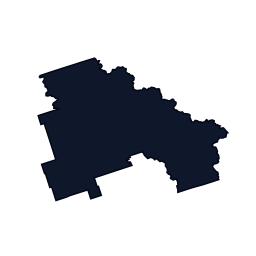 outline of Flathead, Montana, United States of America, rotated 342°
{"feature_id": "52423323B85659466987849", "entity_name": "Flathead", "entity_type": "district", "adm_level": 2, "iso_a3": "USA", "parent_name": "United States of America", "parent_adm1": "Montana", "projection": "robinson", "projection_center": [-113.761, 48.298], "detail": "fine", "context": "isolated", "style": "filled", "palette": "ink", "viewbox_px": 256, "rotation_deg": 342, "n_neighbors": 0, "source": "geoboundaries", "source_scale": "gbopen_adm2", "svg_char_len": 4290}
<svg xmlns="http://www.w3.org/2000/svg" viewBox="0 0 256 256"><g transform="rotate(342 128 128)"><path d="M70.7,183.8L81.8,183.8L81.8,174.4L80.5,174.4L80.5,164.9L91.4,164.9L113.9,164.8L120.2,164.8L119.7,161.1L118.5,160.7L118.1,161.8L116.7,158.2L119.1,158.2L119.2,156.6L121.1,156.6L121.0,155.0L133.6,155.0L134.7,156.0L135.3,159.2L137.3,163.1L140.7,162.9L143.4,165.3L143.2,166.1L143.6,166.5L144.3,166.0L145.1,166.1L145.5,165.9L145.8,166.1L148.1,169.8L149.8,169.8L152.2,172.1L152.7,173.6L151.9,175.5L152.7,178.2L152.4,181.3L151.3,182.1L152.3,184.5L153.9,185.5L154.1,187.5L152.9,188.6L153.3,189.7L154.9,191.4L158.1,191.3L158.6,193.9L157.9,197.7L156.5,198.2L156.3,202.2L155.5,204.6L170.2,204.6L182.5,205.1L198.4,205.1L198.2,203.8L199.1,202.4L198.3,200.5L199.4,200.3L199.7,197.9L198.1,196.2L196.4,191.4L196.6,190.3L198.8,188.6L200.3,189.1L202.7,188.8L203.8,188.1L203.7,185.6L205.1,185.3L205.7,181.8L204.8,179.5L205.8,178.0L205.8,174.9L205.4,173.3L202.8,172.1L203.3,169.7L205.3,168.9L208.9,168.7L209.6,167.1L212.2,165.8L215.1,166.8L218.5,166.6L220.2,163.3L221.4,163.4L218.8,157.4L216.4,156.8L215.4,157.3L215.1,155.2L216.3,154.6L213.9,152.5L212.3,152.6L212.6,151.0L211.3,149.9L212.2,147.8L210.7,146.4L209.5,146.3L208.1,146.1L206.3,147.4L206.1,145.3L205.2,144.3L202.8,145.8L199.0,145.6L199.3,144.8L197.5,144.1L196.2,142.6L194.2,141.5L192.6,142.7L190.6,142.0L190.1,136.8L191.0,135.0L190.1,133.6L187.4,132.2L185.5,131.6L184.7,129.5L182.6,129.2L180.4,127.5L180.3,126.7L179.8,126.0L179.6,126.0L178.8,125.5L178.0,125.1L178.0,124.3L177.4,123.6L177.1,123.4L177.4,123.0L177.8,122.7L178.4,122.0L179.5,121.3L180.2,120.8L181.0,120.1L181.4,119.2L181.6,118.6L181.3,117.9L180.4,117.4L180.2,116.6L180.2,115.7L180.1,115.1L179.7,114.5L178.7,114.3L177.7,114.7L176.7,115.0L175.7,114.8L174.7,114.6L174.3,114.0L173.7,113.5L172.8,113.3L172.3,112.9L172.0,112.3L171.3,112.1L170.7,111.9L170.1,111.7L169.6,111.3L169.1,111.1L168.8,110.7L168.9,110.1L169.3,109.3L169.9,108.7L169.7,107.9L169.6,107.1L169.9,106.3L169.9,105.9L169.4,104.8L169.5,104.0L169.5,103.1L169.8,102.1L169.8,101.4L169.9,100.7L169.2,100.1L168.1,100.0L167.2,99.7L166.1,99.2L165.8,98.3L165.3,97.8L164.4,97.4L163.6,97.0L163.4,96.7L163.0,96.5L162.5,96.7L161.4,96.9L160.7,97.0L160.0,96.7L159.2,97.0L158.9,97.5L158.0,97.6L157.2,97.1L156.9,96.3L156.2,95.6L155.7,95.1L155.0,94.9L154.4,95.3L154.0,95.7L153.3,96.3L152.5,96.3L151.8,95.8L150.6,95.6L149.3,95.5L148.4,95.1L147.8,94.9L147.2,94.6L146.8,94.1L146.3,93.9L145.7,93.6L145.3,93.3L145.2,92.7L145.6,92.3L145.6,91.5L145.7,90.7L145.6,89.9L145.8,89.1L146.2,88.4L146.6,87.7L147.1,87.4L147.1,86.9L146.9,86.4L146.4,85.7L146.2,85.2L146.2,84.9L146.7,84.6L147.0,84.6L148.1,84.4L148.5,83.9L148.9,83.3L149.0,82.7L149.4,82.1L149.0,81.5L148.9,81.0L148.9,80.3L148.6,79.7L148.2,79.2L147.2,79.0L146.7,78.5L146.2,77.8L146.0,76.9L145.0,76.3L144.2,75.7L144.0,75.0L143.7,74.5L143.5,74.1L143.3,73.4L143.7,72.8L144.4,71.9L144.4,71.5L144.5,71.2L144.4,70.8L143.9,70.6L143.1,70.1L142.5,69.6L142.3,69.0L141.9,68.2L141.4,68.1L140.8,68.5L140.1,68.7L139.5,68.4L139.4,67.9L138.4,67.5L137.5,67.0L137.0,67.0L136.2,67.4L135.5,67.7L134.8,68.3L134.5,68.7L134.1,68.8L133.6,68.6L133.0,68.1L132.0,67.9L131.5,67.7L131.3,67.8L131.0,68.3L130.5,69.2L129.7,69.8L128.9,70.2L128.3,70.6L127.8,70.9L127.1,70.9L126.7,70.5L126.2,70.5L125.7,70.7L125.4,70.4L124.8,70.1L124.0,69.8L123.6,69.5L123.4,69.2L123.6,69.0L124.2,68.7L124.5,68.2L124.3,67.3L123.9,66.8L123.4,66.3L122.9,65.9L122.2,65.8L121.4,65.1L121.1,64.4L120.1,63.8L119.0,63.4L118.8,62.9L119.2,62.6L119.7,62.6L120.9,62.3L122.1,61.6L122.5,60.9L122.3,60.0L122.3,59.4L121.7,58.7L120.5,58.6L119.9,58.5L119.7,57.9L120.0,57.6L120.3,56.7L121.0,56.0L121.6,55.2L121.4,55.0L120.7,54.9L120.0,55.1L119.2,54.9L118.8,54.0L118.6,53.4L118.8,52.9L118.3,52.1L117.9,51.4L117.7,51.2L103.5,51.0L96.8,51.0L85.6,50.9L71.3,50.9L60.6,51.0L59.5,52.0L59.9,53.0L63.2,53.2L64.2,54.0L63.2,56.1L61.3,57.8L62.6,60.9L61.9,63.0L63.4,64.8L63.6,68.4L60.8,69.5L60.0,71.9L61.6,72.8L65.3,73.0L65.1,74.1L67.3,75.2L68.4,77.5L70.5,78.3L69.8,79.3L67.7,80.4L64.6,81.3L63.5,83.0L64.4,84.5L63.5,86.3L66.6,87.2L68.1,88.5L46.4,88.5L46.3,97.8L49.7,97.8L49.7,116.9L49.6,135.9L34.6,135.9L34.6,145.5L35.4,145.5L35.3,158.8L35.3,160.4L37.2,160.4L37.1,174.7L48.3,174.7L52.0,174.3L70.7,174.4L70.7,183.8Z" fill="#0f172a" stroke="#020617" stroke-width="1.5"/></g></svg>